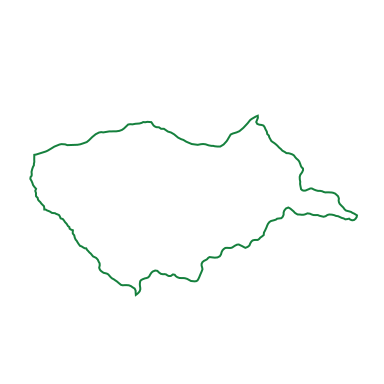 Iturama, Minas Gerais, Brazil, rotated 162°
{"feature_id": "56859067B65690084199243", "entity_name": "Iturama", "entity_type": "district", "adm_level": 2, "iso_a3": "BRA", "parent_name": "Brazil", "parent_adm1": "Minas Gerais", "projection": "mercator", "projection_center": [-50.386, -19.714], "detail": "fine", "context": "isolated", "style": "outline", "palette": "green", "viewbox_px": 384, "rotation_deg": 162, "n_neighbors": 0, "source": "geoboundaries", "source_scale": "gbopen_adm2", "svg_char_len": 4984}
<svg xmlns="http://www.w3.org/2000/svg" viewBox="0 0 384 384"><g transform="rotate(162 192 192)"><path d="M277.2,111.5L275.4,112.1L274.1,112.7L272.5,113.7L271.2,115.5L270.8,117.0L270.5,118.9L270.1,120.5L269.5,121.9L268.8,123.2L267.5,124.0L265.6,124.3L263.4,124.4L261.8,124.2L260.2,124.3L258.6,125.1L257.4,126.3L255.5,127.8L253.9,128.5L251.3,128.7L249.3,127.7L248.3,125.7L246.9,123.8L245.1,122.8L243.3,122.3L242.0,121.5L241.1,120.2L239.9,119.2L238.1,118.7L235.6,119.5L234.0,118.6L233.5,117.1L232.3,115.5L230.5,114.1L228.6,113.4L227.0,112.9L225.4,112.2L223.5,110.9L221.8,109.1L220.5,107.7L218.9,107.0L217.1,106.2L215.4,105.9L214.1,106.2L212.7,107.4L211.3,108.9L209.8,110.7L208.2,112.5L206.9,114.0L205.9,115.3L205.7,116.8L205.6,119.1L205.0,120.8L203.7,122.1L201.9,122.8L199.8,123.1L198.4,123.4L197.2,124.2L195.5,124.7L194.1,124.1L192.6,123.4L190.6,122.5L188.0,121.9L185.4,122.3L183.7,123.7L182.4,125.7L180.9,127.2L179.3,128.0L177.6,128.5L175.7,128.0L174.0,127.3L172.3,126.8L170.8,126.8L169.5,127.2L167.6,127.7L165.4,128.0L163.7,127.6L162.5,126.4L161.0,125.0L159.7,123.6L158.5,122.4L156.0,122.6L153.9,123.4L152.5,125.1L150.9,126.5L149.3,127.2L147.5,127.1L145.9,126.6L144.3,126.1L142.6,126.6L141.2,127.5L139.2,128.1L137.1,128.9L136.1,131.2L134.5,132.7L133.4,133.9L132.1,135.3L131.0,136.7L129.6,138.2L127.7,139.5L125.8,140.0L124.2,139.9L122.5,139.8L120.7,139.8L119.3,140.3L117.2,139.9L115.1,139.5L113.4,140.4L111.9,142.1L111.2,144.2L110.0,145.8L107.7,147.3L105.2,147.5L103.6,145.8L102.3,143.7L101.3,142.1L100.7,140.6L99.7,139.3L98.5,138.0L96.3,137.2L94.6,136.4L92.9,135.9L91.2,135.8L88.8,136.0L86.5,134.9L85.2,133.7L83.7,132.6L81.5,131.8L79.5,131.2L78.1,130.0L76.5,129.0L74.5,127.8L72.4,127.7L70.3,128.3L68.4,128.2L65.9,127.2L63.9,126.0L62.5,124.8L60.5,123.8L58.9,122.3L57.6,121.1L55.9,120.0L54.6,118.6L52.3,118.2L50.8,118.1L50.0,116.8L48.4,115.6L46.6,115.3L44.9,115.9L43.2,117.2L42.3,118.8L43.4,120.1L44.6,121.5L45.9,122.6L46.8,123.8L48.2,124.8L49.8,125.8L51.3,126.8L52.2,128.3L52.9,130.5L54.2,133.0L55.2,135.1L55.4,136.8L55.2,138.5L54.3,140.5L54.4,142.8L55.3,144.5L56.3,146.2L57.8,147.5L59.2,148.3L60.7,148.9L62.0,149.4L63.8,150.0L65.3,150.4L66.7,151.3L68.0,152.5L69.8,153.5L71.9,154.2L73.6,155.3L75.3,156.7L76.9,158.3L78.5,158.8L80.0,158.6L81.6,158.5L83.5,158.3L85.2,158.7L86.5,159.5L87.4,161.0L87.2,162.5L87.0,164.3L86.7,166.3L85.9,168.3L85.6,170.6L84.9,173.1L83.6,175.0L82.4,175.8L81.0,176.9L79.6,178.5L79.2,180.1L80.0,181.4L80.4,183.1L80.4,185.1L80.6,188.0L81.3,189.8L82.4,191.6L83.2,193.5L83.7,195.2L84.9,196.7L86.7,198.1L88.1,199.0L90.2,199.8L91.4,201.4L93.3,203.4L94.2,205.4L95.4,207.3L96.5,209.7L97.6,211.6L98.6,213.1L99.9,214.7L100.8,216.0L101.1,217.6L101.6,220.1L101.5,222.0L102.5,223.8L102.2,226.4L102.7,228.8L102.9,231.2L103.5,233.1L105.0,234.2L107.3,235.3L108.9,236.6L109.3,238.7L107.7,240.6L106.4,242.2L105.9,244.2L108.2,244.0L112.8,243.0L114.5,242.4L117.8,240.2L121.2,238.3L123.4,237.1L128.1,235.2L131.2,234.9L135.3,235.0L137.5,234.7L140.7,231.9L141.9,230.8L143.4,229.6L147.3,227.4L151.1,226.5L153.6,227.3L156.3,228.5L157.7,229.4L159.1,229.8L161.7,231.2L164.4,233.2L166.6,234.2L168.7,234.7L172.0,235.1L177.4,237.7L180.3,240.2L181.9,241.6L184.1,244.2L186.0,245.6L188.4,248.0L191.2,252.4L193.6,255.1L196.2,256.9L199.2,260.8L201.9,261.7L203.4,263.7L205.9,264.7L207.0,265.7L208.0,267.1L209.1,271.0L212.7,272.5L215.0,272.8L216.8,273.6L218.5,273.3L220.8,273.4L224.9,274.4L227.6,274.7L229.9,275.6L231.9,275.9L237.1,273.4L239.4,272.7L242.2,272.6L245.2,273.1L252.0,275.2L258.0,276.1L259.8,277.0L262.1,277.3L265.8,276.7L269.9,275.1L274.1,273.0L276.7,272.0L280.8,271.9L283.6,271.9L286.3,272.3L296.1,275.1L297.9,276.5L301.4,277.9L303.4,278.1L308.9,277.7L312.6,276.8L316.7,275.9L318.7,275.7L328.7,275.8L330.5,276.1L332.0,271.7L332.7,269.3L333.6,267.8L334.1,266.3L335.5,265.0L337.0,263.0L338.4,260.7L338.9,258.5L339.5,257.0L340.9,256.1L341.7,254.4L341.2,252.1L341.0,249.9L341.0,247.7L340.3,245.5L339.3,243.2L340.7,241.5L340.7,239.2L341.3,237.5L341.6,236.0L340.6,234.2L340.8,232.3L340.3,230.9L339.4,229.3L338.9,227.6L338.0,225.8L337.2,224.3L337.4,222.7L337.9,221.0L336.6,220.5L335.5,219.2L334.2,218.2L332.8,216.9L331.9,215.6L330.6,214.9L328.9,214.2L327.9,213.1L326.7,212.2L325.5,211.0L325.2,209.3L325.1,207.5L323.3,206.3L322.6,204.6L322.1,202.7L321.0,200.3L320.5,198.0L319.5,196.6L319.7,194.9L318.7,193.6L317.1,192.4L317.8,190.8L318.2,189.3L317.4,187.2L317.6,184.8L317.4,182.7L316.7,181.1L316.4,179.5L315.8,177.3L315.1,175.3L313.9,174.5L312.7,173.0L311.4,171.6L310.0,171.1L309.7,169.4L309.0,168.0L308.2,166.1L307.3,164.7L306.7,163.1L306.0,161.3L304.8,160.2L303.5,158.9L302.5,156.7L302.3,154.5L301.9,152.8L302.4,150.8L303.7,148.6L303.6,146.6L303.0,145.1L302.0,143.7L301.1,142.5L299.6,141.6L298.2,140.7L297.1,139.5L296.5,138.1L295.7,136.2L294.7,134.5L293.4,133.2L292.3,131.7L291.1,130.2L289.7,127.9L288.2,125.6L286.7,124.7L284.7,124.2L282.9,123.6L280.9,122.8L279.1,121.3L278.0,119.8L276.4,117.9L276.1,115.6L276.6,114.0L277.2,111.5Z" fill="none" stroke="#15803d" stroke-width="2"/></g></svg>